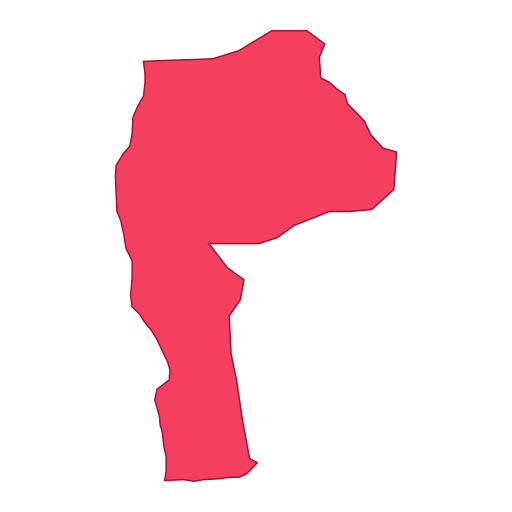 Melounta, Cyprus
{"feature_id": "46923920B6129674637399", "entity_name": "Melounta", "entity_type": "district", "adm_level": 2, "iso_a3": "CYP", "parent_name": "Cyprus", "parent_adm1": "", "projection": "equal_earth", "projection_center": [33.699, 35.324], "detail": "fine", "context": "isolated", "style": "filled", "palette": "rose", "viewbox_px": 512, "rotation_deg": 0, "n_neighbors": 0, "source": "geoboundaries", "source_scale": "gbopen_adm2", "svg_char_len": 1087}
<svg xmlns="http://www.w3.org/2000/svg" viewBox="0 0 512 512"><path d="M143.4,61.4L145.0,73.1L145.0,83.0L143.5,96.1L137.4,106.8L132.9,117.5L132.1,134.0L129.8,146.3L123.8,152.9L116.2,165.2L115.4,175.9L116.2,194.0L116.9,211.3L120.7,220.4L123.8,234.4L126.0,248.3L132.1,260.7L132.1,278.0L130.6,295.2L132.1,306.8L139.7,314.2L144.2,321.6L151.0,329.8L157.1,339.7L162.4,351.2L167.7,361.9L170.0,370.1L169.2,380.0L157.1,389.1L154.8,399.8L159.4,416.2L160.1,424.5L162.4,432.7L163.9,446.7L166.2,456.6L166.2,470.6L164.7,480.5L183.6,479.6L194.2,481.3L203.3,479.6L218.5,478.8L230.6,477.2L239.0,477.2L246.5,473.9L257.3,462.8L249.6,458.6L242.2,418.4L236.6,380.3L231.1,354.1L229.2,316.0L240.3,299.9L244.0,279.8L227.4,267.7L208.9,243.6L232.9,243.6L258.8,243.6L277.3,237.6L294.0,225.5L329.2,211.5L349.5,211.5L371.7,209.5L393.9,189.4L396.6,152.1L382.9,148.0L370.8,134.8L364.7,121.6L357.9,114.2L347.3,103.5L345.0,94.5L337.5,89.5L329.1,82.1L320.8,78.0L320.0,66.5L319.3,57.5L324.8,44.1L306.9,30.7L271.8,30.7L238.5,50.8L212.6,58.8L157.1,60.8L143.4,61.4Z" fill="#f43f5e" stroke="#9f1239" stroke-width="1.5"/></svg>